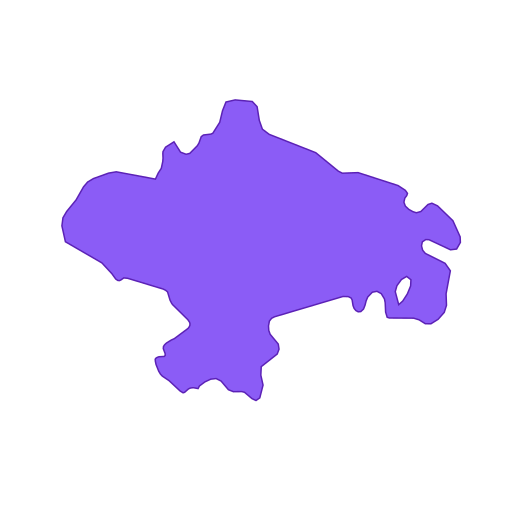 an SVG outline of Avellino, rotated 193°
{"feature_id": "ITA-5399", "entity_name": "Avellino", "entity_type": "Province", "adm_level": 1, "iso_a3": "ITA", "parent_name": "Italy", "parent_adm1": "", "projection": "albers", "projection_center": [15.029, 41.0], "detail": "fine", "context": "isolated", "style": "filled", "palette": "violet", "viewbox_px": 512, "rotation_deg": 193, "n_neighbors": 0, "source": "natural_earth", "source_scale": "10m", "svg_char_len": 2306}
<svg xmlns="http://www.w3.org/2000/svg" viewBox="0 0 512 512"><g transform="rotate(193 256 256)"><path d="M91.1,310.8L94.3,310.2L97.1,307.2L97.0,303.1L94.9,299.1L91.6,296.6L70.1,291.4L63.3,285.3L62.3,262.0L59.3,250.8L59.9,243.4L64.3,235.3L70.3,229.3L75.8,228.1L82.7,230.5L88.4,230.9L112.1,225.6L114.4,225.8L117.1,230.5L119.6,239.5L121.2,243.1L125.5,247.5L130.2,248.8L134.5,246.9L137.9,241.2L138.6,237.1L138.7,232.6L139.3,228.5L141.4,225.4L143.9,224.6L146.4,225.3L148.6,227.0L150.3,229.5L152.5,234.9L154.0,236.5L157.0,237.2L162.2,236.1L224.2,201.0L226.8,198.8L228.3,195.6L228.1,190.7L226.8,186.3L224.6,182.9L214.5,175.2L212.6,170.4L213.3,165.2L226.0,149.4L224.5,141.0L220.1,131.8L220.4,118.6L223.5,115.2L227.8,116.1L236.5,120.6L239.3,120.7L247.5,118.7L252.8,119.5L261.9,126.3L267.3,127.6L272.4,125.8L277.5,121.8L281.9,116.6L282.6,113.8L287.2,113.6L288.7,113.2L290.5,112.4L291.9,111.3L294.9,107.1L296.3,106.3L299.6,107.4L312.7,115.0L320.3,117.9L322.5,119.4L324.9,121.9L329.0,127.8L330.4,130.8L331.0,132.8L330.4,134.1L329.3,135.1L327.9,136.0L322.8,137.5L322.1,138.7L322.6,140.5L325.5,144.9L325.8,147.0L325.2,148.7L324.3,150.2L323.2,151.6L319.6,155.1L317.0,157.1L305.9,170.2L305.2,171.8L304.8,173.5L305.1,175.2L305.9,176.6L308.2,178.7L326.4,189.9L327.6,191.0L329.8,193.6L334.1,201.1L336.2,202.2L339.0,202.9L376.1,205.4L379.9,204.9L382.2,202.3L383.5,201.3L385.2,201.1L387.5,202.0L392.4,206.3L404.6,214.6L444.9,227.0L451.9,241.7L452.7,249.8L450.5,256.8L443.9,270.2L439.6,284.6L436.7,290.2L431.8,294.9L418.3,303.6L411.1,306.6L371.3,308.3L369.9,314.9L368.0,320.1L368.1,327.0L368.6,330.4L369.8,334.8L370.1,336.8L368.6,341.7L361.6,348.8L352.9,340.2L347.0,339.4L343.6,341.1L338.0,350.2L337.0,353.2L336.2,360.0L334.4,362.1L327.4,364.6L325.7,365.9L321.4,378.1L321.3,390.1L319.9,399.3L311.4,403.4L294.4,405.7L288.5,401.7L283.3,388.9L278.3,381.0L270.5,377.5L221.0,370.1L194.9,357.2L190.5,356.1L175.3,360.2L133.4,356.6L125.3,353.6L122.5,351.1L122.7,348.8L124.0,345.9L124.0,341.7L121.7,338.2L117.6,335.8L113.1,334.5L109.5,334.2L105.4,336.4L100.0,344.9L96.5,347.0L90.4,345.7L72.1,334.7L61.4,320.6L59.9,315.2L62.1,307.9L67.9,305.8L91.1,310.8ZM104.6,270.0L109.0,265.8L112.0,258.8L112.3,252.6L106.0,240.7L102.9,245.1L100.0,253.1L98.6,261.6L99.7,267.7L104.6,270.0Z" fill="#8b5cf6" stroke="#5b21b6" stroke-width="1.5"/></g></svg>